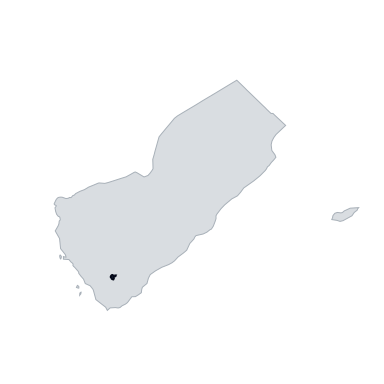 As Saiyani, Ibb, Yemen shown in context, rotated 337°
{"feature_id": "15242507B28390593826974", "entity_name": "As Saiyani", "entity_type": "district", "adm_level": 2, "iso_a3": "YEM", "parent_name": "Yemen", "parent_adm1": "Ibb", "projection": "mercator", "projection_center": [44.227, 13.822], "detail": "fine", "context": "in_parent", "style": "filled", "palette": "ink", "viewbox_px": 384, "rotation_deg": 337, "n_neighbors": 0, "source": "geoboundaries", "source_scale": "gbopen_adm2", "svg_char_len": 3770}
<svg xmlns="http://www.w3.org/2000/svg" viewBox="0 0 384 384"><g transform="rotate(337 192 192)"><path d="M304.2,167.3L291.8,171.9L288.5,173.9L285.5,176.4L283.3,179.5L281.7,185.0L282.9,190.1L282.8,192.8L279.6,194.5L276.6,195.8L273.3,197.8L271.3,198.3L269.6,199.8L267.7,200.9L260.8,203.7L253.2,205.9L241.2,208.5L236.5,211.3L232.3,213.3L225.9,213.9L217.1,216.6L212.2,218.7L206.1,222.2L204.8,223.3L203.7,225.9L201.8,228.1L198.2,231.8L195.4,233.7L193.6,233.8L190.0,234.8L185.8,235.0L178.7,233.7L176.9,234.6L175.4,236.0L169.9,238.5L164.4,243.5L160.3,244.8L153.7,246.4L149.1,248.5L146.0,249.3L142.1,249.7L134.7,249.5L127.7,250.3L121.3,251.7L118.2,254.3L114.8,258.6L109.1,260.3L107.8,261.8L106.0,264.9L102.4,265.7L99.0,266.2L95.7,264.9L89.3,268.6L86.9,269.2L83.2,269.4L80.6,270.2L78.7,269.9L76.4,268.5L71.4,266.7L67.8,267.9L67.5,264.3L61.5,253.5L62.8,244.1L62.8,242.7L61.6,238.5L58.0,234.6L58.1,229.8L56.9,226.2L56.0,222.7L56.3,221.7L56.3,220.8L54.5,215.3L53.9,214.1L53.7,213.0L54.3,212.1L54.3,211.1L53.3,209.3L52.3,206.1L47.4,203.6L48.4,201.2L49.3,202.0L50.6,202.7L50.9,201.2L50.9,200.0L48.9,192.8L51.9,183.1L50.9,174.4L55.5,170.9L56.6,169.8L57.3,168.9L58.4,166.9L59.9,166.2L60.4,164.1L60.4,163.1L59.4,162.2L58.7,159.7L58.9,156.6L59.2,155.3L59.7,153.0L61.3,152.1L61.7,151.4L60.4,149.9L60.5,149.0L63.3,146.5L64.3,145.7L66.1,144.9L67.5,144.9L69.1,145.4L70.5,146.1L71.9,147.4L73.4,148.8L75.6,149.4L77.2,149.2L78.4,149.9L79.5,149.5L80.6,148.8L82.6,148.8L84.3,148.0L89.2,147.6L93.9,147.8L98.8,147.1L103.8,147.2L108.7,147.2L109.8,147.3L110.9,147.8L115.1,150.0L118.3,150.5L124.6,151.1L131.4,151.7L137.3,152.3L142.3,151.8L146.5,151.3L147.6,151.4L148.9,152.8L151.4,156.2L153.7,159.4L157.9,159.6L160.5,158.4L163.4,156.7L165.2,155.4L167.3,150.1L168.6,146.7L171.7,142.9L174.2,139.6L177.6,135.4L179.5,133.0L183.2,128.4L186.7,126.5L193.5,123.0L200.2,119.6L204.6,117.3L208.3,116.3L214.5,115.4L221.8,114.4L229.2,113.4L236.9,112.2L245.6,111.0L251.6,110.2L259.2,109.1L265.5,108.2L271.1,107.4L276.9,106.6L278.0,109.2L279.1,111.8L280.2,114.4L281.3,117.0L282.3,119.6L283.4,122.1L284.5,124.7L285.6,127.3L286.7,129.9L287.8,132.5L288.9,135.1L290.0,137.7L291.1,140.3L292.2,142.8L293.2,145.4L294.3,148.0L295.4,150.5L297.2,151.3L298.2,153.7L299.7,157.1L301.2,160.5L302.7,163.9L304.2,167.3ZM320.9,269.4L322.4,269.7L324.7,268.9L331.3,268.7L339.3,271.5L337.8,272.3L336.9,273.3L333.4,274.2L329.9,276.4L319.8,277.4L316.8,276.9L314.4,274.8L309.9,272.0L311.6,270.3L312.0,269.5L312.7,268.7L315.2,267.4L317.8,267.6L320.9,269.4ZM50.6,235.6L50.3,236.2L49.8,236.1L48.3,234.7L50.0,233.2L50.9,234.6L50.6,235.6ZM45.7,201.7L45.0,202.3L44.7,201.3L45.2,199.1L46.0,198.5L46.6,200.1L46.2,201.0L45.7,201.7ZM49.8,242.4L48.2,243.2L49.3,241.2L50.4,240.8L50.8,240.9L49.8,242.4Z" fill="#d9dde1" stroke="#a8b0b8" stroke-width="1"/><path d="M86.1,237.0L85.9,236.9L85.4,237.2L85.1,237.2L85.1,237.3L84.9,237.3L84.7,237.4L84.8,237.6L84.8,237.9L84.7,238.0L84.5,237.9L84.4,237.9L84.2,238.0L83.9,238.1L83.7,238.3L83.7,238.6L83.7,238.8L83.8,238.9L83.8,239.0L83.8,239.3L83.9,239.5L84.1,239.6L84.1,239.9L84.1,240.0L84.0,240.3L84.2,240.5L84.2,240.8L84.3,240.8L84.5,241.0L84.5,241.3L84.8,241.5L85.0,241.7L85.1,241.8L85.3,241.9L85.3,242.0L85.6,242.0L85.7,241.9L85.8,241.8L85.9,241.7L86.0,241.7L86.3,241.5L86.5,241.5L86.4,241.5L86.4,241.4L86.6,241.1L86.7,240.9L86.7,240.7L86.7,240.4L86.6,240.2L86.6,239.9L86.7,239.7L86.8,239.7L87.1,239.7L87.3,239.7L87.5,239.6L87.6,239.4L87.4,239.3L87.3,239.2L87.2,239.1L87.2,238.9L86.9,238.7L86.9,238.4L86.8,237.9L87.0,237.8L87.0,237.7L86.9,237.6L86.7,237.4L86.6,237.2L86.4,237.2L86.1,237.0ZM88.6,239.0L88.6,239.6L88.8,239.5L89.1,239.5L89.1,239.4L89.3,239.2L89.2,239.2L89.2,238.9L89.1,238.7L88.9,238.7L88.6,238.5L88.4,238.8L88.5,238.9L88.6,239.0Z" fill="#0f172a" stroke="#020617" stroke-width="1.5"/></g></svg>